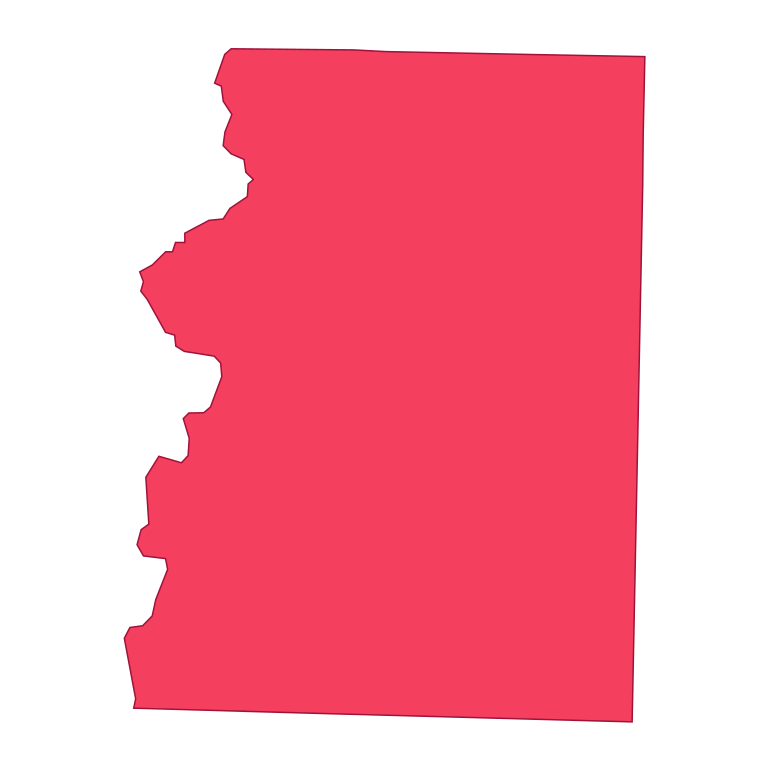 Lincoln, Washington, United States of America (Natural Earth projection), rotated 271°
{"feature_id": "52423323B25148462267698", "entity_name": "Lincoln", "entity_type": "district", "adm_level": 2, "iso_a3": "USA", "parent_name": "United States of America", "parent_adm1": "Washington", "projection": "natural_earth1", "projection_center": [-118.323, 47.609], "detail": "fine", "context": "isolated", "style": "filled", "palette": "rose", "viewbox_px": 768, "rotation_deg": 271, "n_neighbors": 0, "source": "geoboundaries", "source_scale": "gbopen_adm2", "svg_char_len": 947}
<svg xmlns="http://www.w3.org/2000/svg" viewBox="0 0 768 768"><g transform="rotate(271 384 384)"><path d="M125.2,128.8L64.9,141.2L55.5,139.4L53.5,324.8L50.5,638.0L587.6,639.2L636.9,638.8L715.9,639.1L716.0,529.8L716.4,379.7L717.5,348.4L716.5,225.3L710.8,219.0L681.8,209.4L679.0,216.1L663.8,218.4L650.8,227.2L633.3,220.6L619.5,219.0L611.4,227.2L606.1,240.1L593.2,242.2L586.2,249.8L581.6,244.7L569.0,244.1L556.9,226.9L546.2,220.3L544.6,206.2L531.3,182.2L522.0,182.4L521.9,173.1L512.5,170.2L512.4,163.4L499.0,150.3L491.9,137.8L482.1,141.7L472.6,139.2L464.6,145.7L431.8,164.7L429.2,173.8L418.2,175.2L413.1,183.8L408.9,213.7L402.1,220.3L388.5,221.7L358.0,210.9L352.1,204.3L351.6,189.4L345.9,183.9L326.3,190.2L309.0,189.4L301.7,182.8L307.8,160.2L286.6,147.5L239.8,151.3L234.1,143.7L219.0,139.9L207.9,146.5L205.6,168.6L194.9,170.9L164.6,159.6L148.1,156.3L138.1,146.9L136.1,134.2L125.2,128.8Z" fill="#f43f5e" stroke="#9f1239" stroke-width="1.5"/></g></svg>